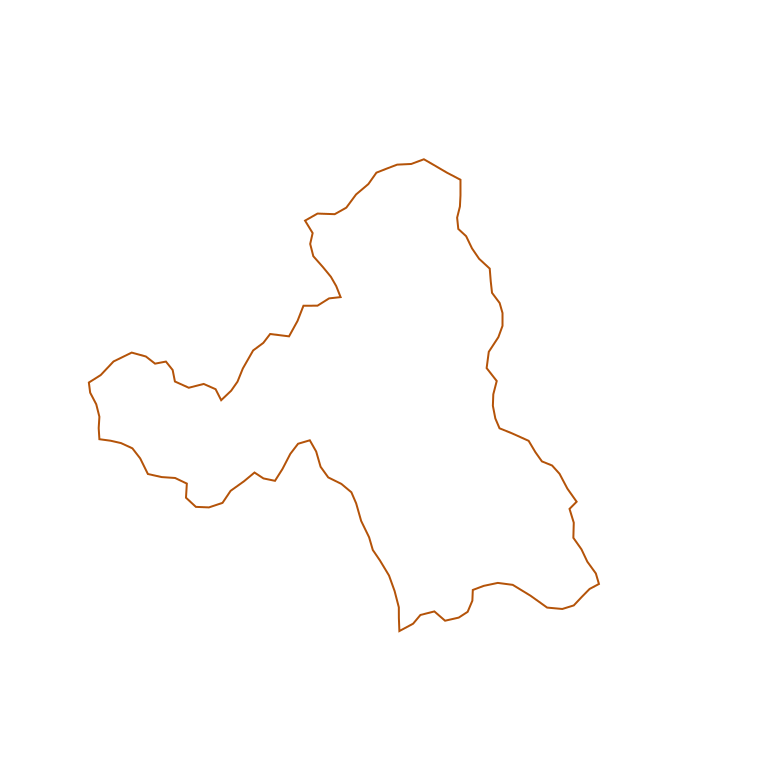 the district of Pequeri, Minas Gerais, Brazil, rotated 292°
{"feature_id": "56859067B74304028561666", "entity_name": "Pequeri", "entity_type": "district", "adm_level": 2, "iso_a3": "BRA", "parent_name": "Brazil", "parent_adm1": "Minas Gerais", "projection": "albers", "projection_center": [-43.135, -21.825], "detail": "fine", "context": "isolated", "style": "outline", "palette": "amber", "viewbox_px": 768, "rotation_deg": 292, "n_neighbors": 0, "source": "geoboundaries", "source_scale": "gbopen_adm2", "svg_char_len": 1846}
<svg xmlns="http://www.w3.org/2000/svg" viewBox="0 0 768 768"><g transform="rotate(292 384 384)"><path d="M226.2,140.8L229.0,151.8L230.7,162.3L230.1,174.8L223.7,185.8L212.1,198.8L214.4,212.7L218.6,225.5L217.8,238.5L204.4,243.0L199.6,255.6L204.0,267.9L213.3,278.8L227.5,281.8L241.5,290.7L253.4,297.1L251.3,307.6L253.4,319.2L267.2,321.7L284.1,323.3L296.4,326.7L304.0,336.3L296.0,346.4L283.5,356.2L276.5,367.3L275.4,381.9L271.4,394.3L262.9,402.9L248.5,414.1L236.3,427.6L225.9,435.8L218.9,446.3L208.3,460.4L196.0,471.4L182.5,481.4L172.5,485.5L160.7,490.8L172.7,500.8L183.5,504.3L192.0,515.9L187.4,529.3L195.4,540.8L204.1,546.9L216.2,547.1L226.3,543.5L234.2,552.1L242.2,564.0L246.0,578.6L242.6,599.1L237.8,619.0L242.2,633.6L249.8,642.9L260.6,647.1L271.0,651.4L279.1,658.2L287.7,651.4L295.4,639.1L304.7,629.0L312.3,617.2L326.5,611.9L337.7,602.8L347.0,606.7L355.7,593.2L366.5,580.4L371.4,570.4L371.4,559.4L377.5,549.9L385.5,539.4L386.2,521.1L386.2,507.7L393.8,500.1L404.6,493.1L415.4,489.2L429.0,487.4L437.2,473.2L453.1,469.1L470.3,472.5L482.3,472.1L494.2,467.3L502.4,460.9L509.0,450.0L519.2,444.5L530.6,438.8L535.7,425.3L542.7,414.8L551.8,404.8L555.6,394.8L565.6,389.5L577.0,387.9L587.4,384.3L602.0,378.4L603.5,363.3L605.8,347.6L607.3,336.8L598.2,326.8L592.3,314.0L584.7,305.8L577.1,297.8L563.5,294.6L549.3,287.1L533.4,283.0L523.0,274.7L517.1,258.5L505.9,249.6L497.2,261.3L486.2,263.1L476.0,270.6L469.5,283.6L463.5,294.6L456.9,303.0L448.3,311.2L442.8,301.0L431.7,293.0L426.4,280.0L410.1,280.2L392.6,278.1L387.7,259.7L376.9,256.7L366.1,250.1L345.5,247.3L331.3,247.3L320.5,244.8L308.0,239.1L316.1,229.8L316.5,216.8L307.4,204.4L308.0,189.2L317.8,182.8L323.1,173.4L317.1,164.1L320.3,152.9L318.6,138.3L303.6,124.8L286.2,118.0L274.8,109.8L265.9,114.8L257.4,124.8L247.0,132.4L236.2,136.0L226.2,140.8Z" fill="none" stroke="#b45309" stroke-width="2"/></g></svg>